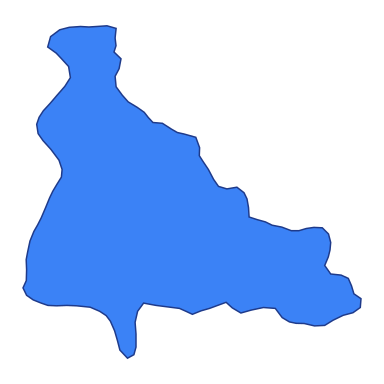 the district of Ipaba, Minas Gerais, Brazil
{"feature_id": "56859067B37276633330355", "entity_name": "Ipaba", "entity_type": "district", "adm_level": 2, "iso_a3": "BRA", "parent_name": "Brazil", "parent_adm1": "Minas Gerais", "projection": "mercator", "projection_center": [-42.368, -19.398], "detail": "fine", "context": "isolated", "style": "filled", "palette": "blue", "viewbox_px": 384, "rotation_deg": 0, "n_neighbors": 0, "source": "geoboundaries", "source_scale": "gbopen_adm2", "svg_char_len": 1670}
<svg xmlns="http://www.w3.org/2000/svg" viewBox="0 0 384 384"><path d="M47.7,47.0L56.2,53.1L61.4,58.6L68.6,66.5L70.4,77.6L64.8,86.4L57.2,95.1L50.2,103.3L43.3,110.8L39.1,117.3L36.7,124.3L38.1,133.6L43.0,140.6L51.0,149.5L59.0,160.2L62.1,169.5L61.4,177.1L56.8,184.5L52.8,191.2L49.6,197.9L45.7,207.4L41.2,217.9L37.7,224.8L33.9,231.4L30.0,241.0L27.7,251.7L26.2,259.6L26.6,269.8L26.3,280.6L23.0,287.9L26.6,295.3L33.2,299.9L41.2,303.1L47.9,305.4L56.6,305.8L66.9,305.4L76.6,305.8L90.2,307.2L99.7,311.3L106.2,315.6L110.4,321.2L114.6,330.8L117.5,340.8L119.9,350.1L127.5,358.2L133.9,354.7L136.0,347.1L136.0,334.1L135.1,322.3L137.6,311.3L143.6,303.1L156.0,305.4L169.3,307.1L179.5,308.4L186.4,311.5L192.4,314.3L201.1,310.8L209.5,308.4L217.1,305.6L226.1,302.3L232.3,307.9L240.9,313.0L251.2,310.1L263.4,307.5L275.3,308.4L282.2,317.6L289.4,321.9L296.1,323.3L304.2,323.5L314.5,325.9L324.7,325.4L333.1,320.2L343.2,315.3L353.0,312.7L360.3,307.5L361.0,298.7L353.9,293.8L351.5,285.8L348.3,278.4L341.1,275.1L330.7,274.0L324.7,265.5L328.3,256.9L330.0,250.0L330.7,242.5L328.5,234.0L322.3,227.8L313.9,227.4L306.3,228.5L298.9,230.7L291.3,230.7L281.8,227.1L272.1,225.2L265.4,221.9L257.1,219.6L249.1,217.0L248.5,207.5L247.0,198.9L244.0,192.7L236.9,187.2L226.9,188.9L218.5,186.4L213.6,179.4L208.4,169.5L203.1,161.6L199.3,155.7L199.6,147.7L195.8,137.3L184.0,134.0L177.3,132.5L171.4,129.1L162.4,123.3L152.9,122.5L148.2,117.4L144.2,112.3L137.3,107.4L128.2,101.9L122.2,95.1L116.1,86.8L115.1,76.3L119.1,68.7L121.0,58.8L114.0,52.0L116.0,45.7L115.1,38.0L116.1,28.4L107.0,25.8L96.6,26.5L88.9,27.0L80.6,26.5L69.3,27.3L59.7,29.8L50.6,36.6L47.7,47.0Z" fill="#3b82f6" stroke="#1e3a8a" stroke-width="1.5"/></svg>